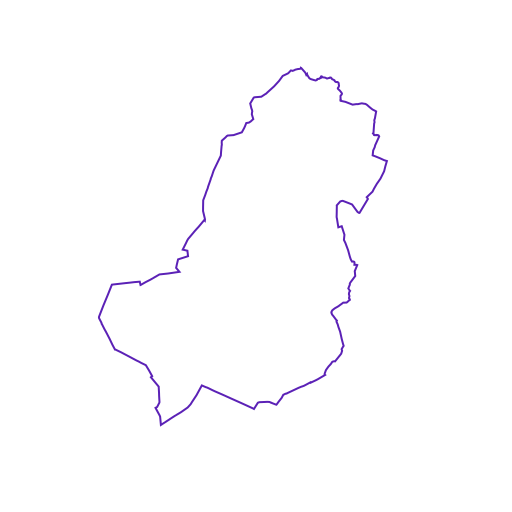 the district of Dricānu pag., Rezeknes, Latvia, rotated 295°
{"feature_id": "27541924B14059531944666", "entity_name": "Dricānu pag.", "entity_type": "district", "adm_level": 2, "iso_a3": "LVA", "parent_name": "Latvia", "parent_adm1": "Rezeknes", "projection": "orthographic", "projection_center": [27.228, 56.664], "detail": "fine", "context": "isolated", "style": "outline", "palette": "violet", "viewbox_px": 512, "rotation_deg": 295, "n_neighbors": 0, "source": "geoboundaries", "source_scale": "gbopen_adm2", "svg_char_len": 5980}
<svg xmlns="http://www.w3.org/2000/svg" viewBox="0 0 512 512"><g transform="rotate(295 256 256)"><path d="M391.8,186.3L388.0,189.3L386.6,190.7L386.2,191.0L385.5,191.5L384.9,191.6L382.7,192.3L378.9,195.7L377.8,195.2L375.8,194.4L373.9,193.2L372.4,191.0L368.9,191.2L366.8,191.2L362.1,190.9L356.1,184.6L353.2,179.4L352.5,179.0L352.3,178.8L350.7,178.3L346.1,176.3L344.5,176.9L342.2,178.1L341.5,178.2L335.2,180.5L332.1,181.7L315.8,181.5L314.6,181.6L309.7,182.2L307.0,182.3L306.5,182.5L298.4,183.3L297.0,183.6L293.2,183.8L289.8,184.2L284.2,184.6L278.1,187.3L274.4,189.0L274.0,189.3L268.3,193.8L267.6,194.3L266.4,194.7L266.7,193.9L258.0,191.6L257.1,191.3L252.9,190.0L248.0,188.7L242.9,187.3L240.9,187.1L238.0,187.1L230.8,186.9L231.8,191.6L227.1,194.5L220.0,186.8L214.6,187.9L212.1,188.5L211.5,188.6L209.3,193.3L202.9,183.6L198.5,176.3L189.9,170.3L185.8,167.1L181.0,163.7L180.9,163.6L183.6,161.5L180.8,156.6L178.7,153.2L176.7,149.9L176.3,149.2L175.8,148.4L169.7,138.4L169.1,137.5L158.5,138.1L146.8,138.6L134.7,139.4L134.0,139.6L133.4,140.0L132.5,141.1L130.3,144.0L129.2,144.9L129.1,145.2L128.7,145.7L125.4,149.9L124.0,151.9L119.0,158.4L115.7,162.4L115.1,163.1L111.7,167.6L111.8,167.7L111.7,174.6L110.8,191.9L110.8,194.2L110.6,197.0L110.5,202.3L107.0,207.5L103.2,212.7L101.7,212.0L96.5,223.0L90.9,226.0L88.3,227.3L85.5,228.8L83.1,230.1L82.3,230.4L77.4,230.2L75.9,229.1L70.8,236.0L69.9,237.0L62.7,241.2L71.3,246.6L72.2,247.1L76.8,250.0L82.7,254.0L89.8,258.1L94.0,259.4L96.6,259.7L104.7,260.9L114.1,261.5L115.8,261.6L115.9,265.9L116.1,267.4L116.1,269.0L116.0,273.2L116.0,276.0L116.2,284.0L116.3,292.4L116.5,305.4L116.6,317.9L116.5,318.8L123.8,319.7L124.9,320.8L128.7,328.1L129.4,329.9L129.5,331.8L129.4,331.8L129.8,337.3L130.0,337.4L133.6,338.1L138.2,339.2L141.8,339.4L142.3,339.9L143.5,340.8L144.0,341.4L144.2,341.8L144.3,341.8L154.5,350.3L156.7,352.3L157.4,353.1L158.6,354.3L160.3,355.6L164.6,358.8L164.3,359.1L168.5,362.6L170.3,364.0L177.4,368.9L177.6,368.3L177.7,368.2L177.9,368.1L178.8,367.9L182.1,367.6L183.8,367.9L186.4,368.4L188.0,368.9L189.1,369.3L189.5,369.3L189.8,369.5L192.1,369.8L192.7,370.2L193.2,370.7L193.6,371.4L194.0,371.9L194.0,372.2L203.4,374.5L206.5,374.1L207.7,373.0L208.1,373.0L210.3,373.2L211.6,373.4L212.9,372.2L217.1,368.7L223.0,364.2L226.5,360.7L228.5,359.0L230.4,356.8L230.5,356.7L231.7,356.6L231.8,356.0L232.2,355.3L234.2,351.6L235.1,349.7L236.3,348.4L236.5,348.5L236.9,348.2L237.3,348.0L237.5,348.0L239.0,348.1L240.7,348.9L242.3,349.8L244.1,351.1L245.3,351.9L245.8,352.2L246.8,352.7L248.2,353.5L249.1,354.0L250.5,354.7L250.9,355.3L251.0,355.8L251.3,356.2L251.8,357.3L252.1,357.8L252.5,358.0L252.8,358.2L253.4,358.4L254.0,358.7L254.7,358.9L255.2,359.2L255.9,359.6L256.4,359.3L256.6,359.0L256.8,358.5L257.0,358.2L257.4,358.0L257.7,357.9L259.0,357.7L259.6,357.3L260.0,356.9L260.4,356.5L261.3,356.1L261.5,356.0L262.9,355.8L264.1,356.0L264.2,355.7L265.6,353.4L268.2,353.2L269.4,353.2L269.8,353.1L270.5,352.7L271.7,352.7L279.8,354.4L283.9,352.0L284.0,351.9L290.6,351.6L290.6,351.2L290.0,349.8L289.6,348.9L291.2,348.3L291.7,348.0L292.0,347.8L292.2,347.4L292.2,346.9L292.1,346.6L292.1,346.4L291.8,345.9L291.5,345.5L292.3,344.2L293.3,343.0L295.0,341.4L300.2,337.0L305.6,331.5L307.7,328.9L312.6,327.2L319.2,321.1L316.8,318.5L323.3,314.1L323.8,313.8L324.4,313.3L325.4,312.6L330.4,310.4L332.6,309.4L335.1,308.3L336.0,307.8L341.0,309.3L342.0,310.3L342.6,311.2L342.7,311.7L342.8,313.2L343.1,317.6L343.3,321.3L340.7,326.0L338.8,329.5L338.6,331.3L338.7,331.5L338.8,331.6L355.0,333.3L355.2,333.1L355.9,331.9L356.1,331.5L360.7,333.3L363.5,334.4L366.9,334.5L372.4,335.0L378.7,336.1L386.9,336.3L392.1,335.3L397.4,334.5L397.0,331.6L397.0,329.5L397.0,327.1L396.8,323.1L396.8,322.7L396.5,319.2L401.2,317.6L404.8,317.6L406.8,317.2L407.6,317.2L416.4,317.1L416.5,316.9L416.9,316.5L416.8,316.3L416.9,316.0L416.9,315.7L417.1,315.6L417.1,315.2L416.8,314.7L416.7,314.4L416.6,314.0L416.4,313.9L416.2,313.8L416.2,313.7L416.2,313.4L416.0,313.1L415.8,312.8L415.8,312.6L415.6,312.4L415.6,312.2L415.8,312.0L415.7,311.8L415.9,311.7L416.0,311.4L416.3,310.9L416.3,310.7L416.4,310.4L416.5,310.4L416.6,310.2L417.3,310.4L426.0,307.1L427.3,306.9L429.1,305.8L431.0,305.6L437.8,303.8L437.9,303.0L438.0,300.0L438.2,298.8L439.0,295.7L439.9,292.7L440.0,291.9L440.1,290.9L439.6,289.3L439.1,287.4L437.8,285.6L436.7,284.2L435.9,282.5L434.0,279.6L433.5,271.9L432.4,267.0L432.5,266.9L432.7,267.0L433.1,267.1L433.3,267.0L433.5,266.4L433.8,266.3L434.1,266.3L434.5,266.1L434.9,265.9L435.6,265.5L436.7,265.0L437.1,264.9L437.9,265.2L438.7,265.4L439.4,265.3L439.7,265.1L440.1,264.5L440.4,264.0L441.4,261.9L441.7,260.9L442.0,260.0L442.3,259.4L442.9,259.2L444.4,259.5L445.6,259.2L446.6,258.4L447.4,258.0L447.8,257.6L448.0,257.2L448.1,256.3L448.0,256.0L447.7,255.5L447.5,255.1L447.5,254.5L447.7,253.6L447.9,253.3L448.3,253.0L448.4,252.6L448.5,251.9L448.4,250.3L448.5,250.1L448.9,249.6L449.0,249.3L448.9,249.3L448.9,249.2L449.3,248.6L449.3,248.3L449.2,248.0L449.1,247.8L449.0,247.6L448.7,247.4L448.3,247.2L448.1,246.8L447.2,245.8L446.9,245.4L446.8,245.1L446.9,244.0L446.9,243.5L446.5,241.9L446.2,241.3L446.1,240.9L446.2,240.4L446.4,240.1L446.6,239.6L446.5,239.4L446.3,239.1L446.0,239.0L445.7,239.1L445.2,239.4L444.9,239.6L444.7,239.5L444.5,239.4L444.3,238.9L444.1,238.6L443.9,238.5L443.6,238.5L443.3,238.4L442.7,237.5L442.7,237.4L442.6,237.1L442.3,236.8L442.1,236.8L441.8,236.7L441.3,236.8L440.3,235.9L439.9,233.8L439.8,233.0L439.7,232.5L439.6,231.6L439.5,231.0L439.5,230.2L439.7,229.2L440.1,228.5L440.7,227.6L441.0,227.1L441.5,226.4L442.1,225.6L442.4,225.4L441.3,225.1L443.0,223.2L445.5,217.5L445.5,217.3L445.3,217.4L444.7,217.3L444.1,216.5L443.6,215.8L443.3,215.2L443.1,214.9L441.6,213.0L441.3,212.7L440.8,212.4L440.4,212.0L440.0,211.7L439.7,211.3L439.3,211.0L439.2,210.8L439.2,210.3L438.9,209.2L437.7,208.8L436.5,208.4L435.4,208.0L435.0,207.8L430.5,204.1L424.4,202.9L417.4,200.7L409.1,197.2L407.3,196.5L406.8,196.1L402.6,193.5L399.3,187.7L398.6,187.0L391.8,186.3Z" fill="none" stroke="#5b21b6" stroke-width="2"/></g></svg>